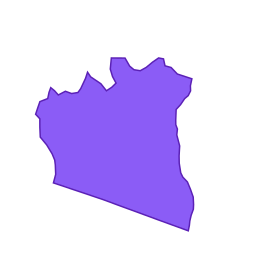 the district of Flórida, Paraná, Brazil, rotated 110°
{"feature_id": "56859067B92669996369724", "entity_name": "Flórida", "entity_type": "district", "adm_level": 2, "iso_a3": "BRA", "parent_name": "Brazil", "parent_adm1": "Paraná", "projection": "albers", "projection_center": [-51.967, -23.105], "detail": "fine", "context": "isolated", "style": "filled", "palette": "violet", "viewbox_px": 256, "rotation_deg": 110, "n_neighbors": 0, "source": "geoboundaries", "source_scale": "gbopen_adm2", "svg_char_len": 993}
<svg xmlns="http://www.w3.org/2000/svg" viewBox="0 0 256 256"><g transform="rotate(110 128 128)"><path d="M205.1,179.3L203.8,127.5L203.9,108.7L203.9,101.6L204.0,67.5L204.0,53.0L204.0,36.2L198.6,37.0L194.2,38.1L188.4,38.8L182.0,38.8L177.5,40.2L170.6,43.1L164.4,48.2L158.4,53.7L155.4,59.7L152.1,63.1L143.6,67.8L136.6,70.5L127.2,73.3L117.8,79.8L112.1,81.2L108.6,84.2L104.4,85.8L94.1,89.1L88.1,86.6L81.0,84.8L77.0,82.5L71.7,81.9L67.0,83.8L59.9,84.8L60.4,100.1L56.4,108.2L56.9,114.5L50.9,118.3L51.7,123.2L57.8,127.5L64.8,131.6L70.0,136.1L71.2,142.3L69.3,147.6L63.3,154.7L67.9,167.6L78.7,164.8L85.0,160.1L89.9,154.6L95.3,157.2L100.4,161.0L95.7,168.6L92.7,180.6L89.4,185.1L96.0,184.9L107.2,185.9L111.8,187.2L114.9,192.8L114.9,199.4L120.8,204.8L118.1,209.8L116.5,214.4L121.5,214.4L127.8,213.5L133.3,219.8L140.3,219.7L146.7,219.5L149.5,214.0L157.4,211.1L166.6,207.3L171.7,198.6L178.2,190.5L183.2,185.9L187.5,183.7L196.3,180.1L205.1,179.3Z" fill="#8b5cf6" stroke="#5b21b6" stroke-width="1.5"/></g></svg>